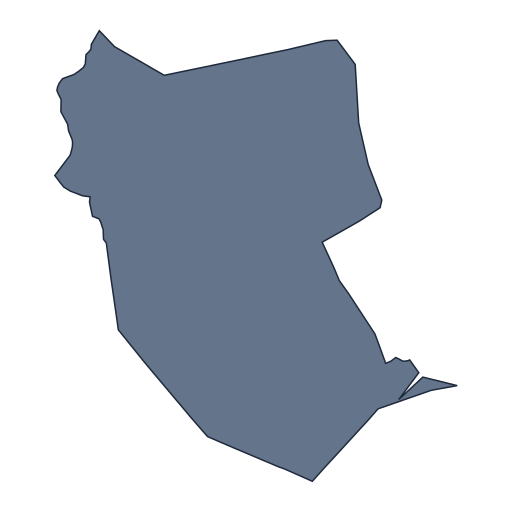 outline of Teotongo, Oaxaca, Mexico
{"feature_id": "50627088B1366464462035", "entity_name": "Teotongo", "entity_type": "district", "adm_level": 2, "iso_a3": "MEX", "parent_name": "Mexico", "parent_adm1": "Oaxaca", "projection": "albers", "projection_center": [-97.542, 17.746], "detail": "fine", "context": "isolated", "style": "filled", "palette": "slate", "viewbox_px": 512, "rotation_deg": 0, "n_neighbors": 0, "source": "geoboundaries", "source_scale": "gbopen_adm2", "svg_char_len": 1348}
<svg xmlns="http://www.w3.org/2000/svg" viewBox="0 0 512 512"><path d="M60.9,111.7L67.6,124.2L68.6,131.0L71.1,137.0L72.3,140.1L72.6,143.9L72.2,147.7L70.2,155.1L54.8,175.5L60.8,183.4L63.8,187.1L70.3,191.1L82.5,195.8L90.1,196.8L89.5,202.1L92.5,216.3L99.1,218.9L100.6,221.8L103.2,229.8L103.3,233.9L103.5,239.2L103.9,239.8L106.3,243.0L110.7,276.4L117.5,323.8L118.3,329.8L143.3,360.8L152.3,371.6L189.1,415.3L189.6,416.0L203.9,432.4L204.0,432.5L207.6,436.6L220.0,442.0L236.6,449.1L278.7,466.9L283.7,468.6L312.3,481.3L324.9,467.2L330.4,461.3L368.0,420.3L378.1,408.8L431.3,390.3L457.2,385.6L422.8,377.1L398.8,399.5L403.3,393.5L409.9,384.6L416.3,376.0L418.8,372.7L413.3,365.0L409.7,359.9L408.0,360.7L405.3,361.1L402.9,361.2L399.1,359.1L395.8,357.5L390.8,361.2L385.7,363.4L379.2,345.4L374.9,333.9L348.6,293.6L339.3,280.6L334.2,268.3L322.2,242.2L360.4,220.5L370.3,214.0L371.5,213.3L380.1,207.7L381.8,200.1L368.2,164.5L358.7,123.0L355.2,64.4L337.1,40.2L325.7,40.6L297.9,47.2L297.0,47.4L296.1,47.6L295.8,47.7L288.3,49.5L287.4,49.7L266.5,54.0L251.5,57.2L193.9,69.2L192.7,69.4L192.3,69.5L164.2,75.3L143.8,63.5L114.6,46.7L99.3,30.7L91.4,44.2L90.9,49.2L88.7,52.0L86.0,54.6L85.3,63.8L83.5,67.3L79.2,70.9L73.8,74.6L67.0,77.0L62.5,78.7L59.3,83.0L57.6,86.9L56.9,90.5L58.5,94.4L61.1,99.4L60.9,111.6L60.9,111.7Z" fill="#64748b" stroke="#1e293b" stroke-width="1.5"/></svg>